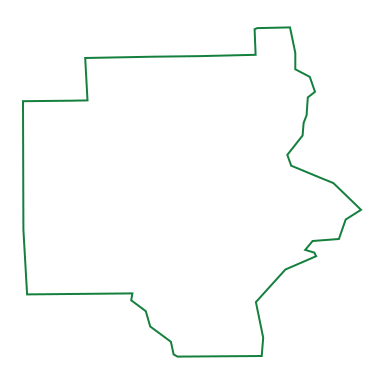 Russell, Alabama, United States of America (Mercator projection)
{"feature_id": "52423323B77789245141210", "entity_name": "Russell", "entity_type": "district", "adm_level": 2, "iso_a3": "USA", "parent_name": "United States of America", "parent_adm1": "Alabama", "projection": "mercator", "projection_center": [-85.086, 32.286], "detail": "fine", "context": "isolated", "style": "outline", "palette": "green", "viewbox_px": 384, "rotation_deg": 0, "n_neighbors": 0, "source": "geoboundaries", "source_scale": "gbopen_adm2", "svg_char_len": 703}
<svg xmlns="http://www.w3.org/2000/svg" viewBox="0 0 384 384"><path d="M290.0,27.4L262.7,28.0L257.3,28.1L254.6,29.2L255.6,54.8L200.9,56.1L152.9,56.7L85.2,58.0L87.5,100.4L70.9,100.7L23.0,101.2L23.4,229.8L27.1,294.4L37.8,294.3L132.4,293.4L131.2,300.3L145.8,311.2L150.2,326.5L170.9,341.8L173.6,354.4L177.5,356.6L261.7,356.0L263.2,337.7L255.9,302.1L285.4,269.5L316.1,256.2L314.3,252.6L305.2,249.9L312.6,241.0L338.9,239.0L341.1,232.6L345.7,219.5L361.0,209.8L333.4,183.1L319.4,177.4L291.2,165.7L287.3,154.9L302.6,135.5L303.6,123.0L304.1,121.7L306.6,115.2L307.8,97.4L315.0,91.8L309.8,76.9L295.3,69.3L295.3,53.1L295.0,51.5L290.7,30.6L290.6,30.2L290.0,27.4Z" fill="none" stroke="#15803d" stroke-width="2"/></svg>